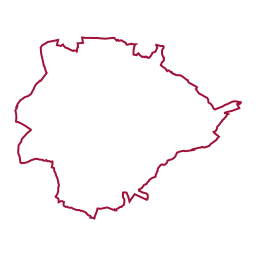 Cergau, Alba, Romania
{"feature_id": "2599482B88582308663497", "entity_name": "Cergau", "entity_type": "district", "adm_level": 2, "iso_a3": "ROU", "parent_name": "Romania", "parent_adm1": "Alba", "projection": "equal_earth", "projection_center": [23.934, 46.087], "detail": "fine", "context": "isolated", "style": "outline", "palette": "rose", "viewbox_px": 256, "rotation_deg": 0, "n_neighbors": 0, "source": "geoboundaries", "source_scale": "gbopen_adm2", "svg_char_len": 5678}
<svg xmlns="http://www.w3.org/2000/svg" viewBox="0 0 256 256"><path d="M90.4,217.7L90.5,217.7L91.7,217.7L93.0,217.9L93.6,218.1L94.2,218.4L94.4,218.5L94.5,218.3L94.8,216.5L96.7,211.7L96.8,211.1L96.8,210.9L96.8,210.7L97.1,210.3L97.1,210.0L97.5,208.5L100.6,208.8L107.2,207.4L114.8,210.3L114.9,209.5L116.4,210.2L116.6,209.2L120.1,207.0L120.8,206.9L121.5,207.0L122.0,206.3L123.9,204.8L124.1,204.0L124.4,200.8L124.3,199.4L123.8,198.3L122.9,197.2L123.0,192.6L124.9,192.4L126.6,192.7L128.3,196.8L129.5,201.6L134.6,194.2L146.6,199.7L146.7,199.0L147.7,198.7L147.7,194.7L146.4,193.5L141.7,192.2L141.2,191.6L139.1,190.9L138.9,189.6L140.5,188.8L141.2,188.4L142.6,187.1L143.9,185.1L144.3,184.8L146.5,184.0L147.8,181.9L149.2,180.6L149.3,179.9L152.0,178.0L155.5,176.8L155.7,174.8L156.3,173.5L156.8,172.4L157.0,171.8L157.5,171.3L157.6,170.3L157.9,168.5L160.7,164.9L162.4,164.4L163.7,165.0L165.2,164.4L166.6,163.1L167.4,161.5L167.6,160.6L168.7,160.2L172.4,159.1L174.5,157.4L175.2,156.7L177.0,152.7L179.3,151.7L183.4,150.8L185.8,151.2L193.5,150.0L193.2,149.6L192.7,149.3L193.9,148.8L195.3,148.9L196.4,148.3L197.8,148.1L198.4,147.8L200.6,147.6L201.7,147.2L201.8,146.9L202.2,146.9L203.9,147.5L205.8,147.2L208.5,146.1L209.2,146.0L210.3,144.4L216.5,139.8L217.0,138.7L218.9,136.7L217.6,135.5L216.9,135.1L214.0,132.6L213.6,131.9L215.5,131.3L216.7,129.3L217.4,126.4L218.2,125.7L219.2,124.8L220.6,122.6L221.7,121.6L222.0,121.1L222.0,120.7L224.3,118.5L226.4,116.1L227.0,114.7L228.1,114.1L226.9,113.6L226.1,113.2L224.1,113.0L226.7,112.1L232.2,110.8L239.3,108.2L237.1,104.1L237.7,103.7L237.8,103.3L237.9,102.8L238.2,102.7L238.4,103.0L238.8,103.4L238.8,104.0L239.2,104.1L239.4,104.1L239.6,103.5L239.8,103.3L240.4,103.3L240.6,103.1L240.4,102.7L240.5,102.4L240.6,102.2L239.2,102.0L238.1,101.7L237.1,101.5L234.6,101.3L233.5,101.4L233.3,101.5L232.1,101.8L229.0,103.3L228.0,103.9L226.2,104.6L224.9,104.9L223.3,106.2L217.3,108.5L215.0,109.5L213.5,108.5L212.3,105.8L210.6,103.8L208.5,102.5L208.2,99.8L207.3,98.0L204.4,96.4L202.2,95.1L198.8,93.3L195.9,89.0L197.0,87.5L196.7,86.9L193.8,85.3L189.3,82.9L188.3,81.9L187.7,80.1L186.9,80.0L182.8,76.7L180.5,75.3L176.9,75.2L175.9,75.0L174.9,74.5L174.5,74.0L173.6,74.1L171.7,72.8L172.0,72.4L171.4,72.0L171.0,72.3L168.9,70.5L167.9,70.4L167.2,71.1L166.2,70.0L165.8,68.9L161.7,66.0L160.8,65.2L160.8,64.8L161.3,64.3L161.5,63.1L162.3,62.0L164.0,60.3L163.7,58.4L164.0,58.0L164.0,57.6L163.1,56.8L162.9,56.3L162.0,53.7L162.0,51.5L162.2,49.7L163.5,48.0L163.7,46.8L163.5,46.4L162.6,45.9L161.1,46.1L156.3,44.8L156.2,45.4L157.3,47.6L155.4,51.7L152.4,52.9L151.4,55.1L149.8,57.2L149.0,57.8L148.1,57.9L147.6,57.6L147.5,57.2L146.1,56.6L145.8,57.1L145.5,57.2L144.9,56.8L144.6,57.1L143.1,56.6L142.3,57.1L139.6,54.8L138.5,53.3L137.0,54.4L137.0,54.8L136.6,55.1L135.8,55.1L135.2,54.8L133.6,54.7L133.4,54.0L133.6,52.3L133.5,50.6L133.6,49.8L134.1,48.2L134.1,47.0L134.7,45.3L135.8,44.3L131.1,44.1L131.1,43.8L129.7,44.1L127.0,44.7L126.6,44.7L125.5,42.6L125.1,42.5L121.3,40.3L119.0,40.8L117.9,39.8L116.8,40.7L114.1,37.8L105.0,38.7L96.7,38.0L85.8,37.9L82.1,37.5L83.0,42.9L77.6,43.3L78.0,47.3L77.4,47.8L77.1,49.0L77.1,50.0L76.7,51.5L76.5,51.3L76.0,50.7L74.0,50.4L73.3,51.0L71.1,50.1L69.8,49.4L68.6,48.9L67.6,48.2L66.8,48.1L65.3,47.5L64.2,46.2L63.7,45.9L63.2,45.3L63.1,44.5L62.8,44.5L62.3,44.8L60.9,46.0L56.9,45.0L58.1,39.9L53.6,40.9L47.6,42.0L46.7,42.8L42.2,45.3L40.7,47.6L41.2,53.7L42.5,59.5L43.0,61.6L43.9,66.0L44.5,66.5L46.0,71.7L46.7,72.9L43.7,76.9L40.7,80.9L40.0,80.6L38.2,82.5L37.1,83.2L35.6,85.0L34.7,86.5L34.3,87.4L34.0,88.5L32.7,90.7L31.4,93.4L30.7,94.2L28.0,96.2L26.4,96.6L24.7,97.2L23.1,98.3L22.5,99.0L20.6,100.0L17.9,103.6L16.4,106.9L17.1,106.9L16.3,109.0L15.4,110.2L15.4,110.4L15.6,111.4L15.8,112.5L16.0,113.6L16.2,114.4L16.2,114.8L16.3,115.7L16.3,116.1L16.3,117.1L16.4,117.5L16.1,120.2L15.9,121.5L16.4,121.8L18.3,122.2L18.9,122.4L19.5,122.7L20.6,123.2L21.1,123.5L22.0,124.0L23.3,124.7L24.4,125.3L25.1,125.4L24.9,125.4L25.1,125.7L29.2,128.5L30.4,129.3L30.9,129.8L29.8,131.1L29.5,131.4L28.2,132.3L27.1,133.2L26.2,134.2L25.2,135.4L24.5,136.1L22.8,137.9L22.3,138.6L22.0,138.8L21.7,139.5L21.5,140.4L21.3,141.2L21.1,142.0L20.1,143.2L19.1,144.5L18.7,145.3L18.5,146.4L18.5,147.5L18.3,149.7L18.2,150.7L18.2,151.8L18.2,152.2L18.4,153.8L19.3,155.7L19.5,156.3L20.0,159.1L20.4,162.5L20.5,162.7L21.0,162.9L21.6,163.1L22.3,163.1L25.6,162.7L26.5,162.5L27.5,162.1L29.1,161.3L30.1,160.8L31.1,160.3L31.6,160.1L35.1,158.9L35.9,158.9L36.8,158.9L37.8,159.1L38.6,159.3L39.9,159.6L40.7,159.6L42.1,159.8L42.8,160.0L43.3,160.6L44.5,160.6L45.8,160.5L46.4,160.1L47.0,161.1L47.4,161.2L48.3,161.2L49.3,161.1L50.5,161.6L50.8,161.8L51.0,161.9L51.6,161.7L52.1,161.6L52.4,161.5L52.5,161.8L52.5,162.1L52.5,163.7L52.3,164.8L52.1,166.3L51.8,167.3L52.1,167.4L54.0,168.1L54.1,168.7L54.2,170.7L54.8,171.9L55.3,172.7L55.6,173.6L55.7,174.2L56.1,175.2L56.3,176.0L57.2,177.7L57.5,179.0L57.9,180.2L58.1,181.3L58.4,183.3L59.0,185.4L58.9,185.9L58.3,187.0L58.3,187.7L58.3,189.3L58.2,190.9L57.9,192.3L57.2,194.3L55.6,196.7L55.8,197.1L56.6,197.4L57.5,198.1L57.7,198.3L58.0,198.4L58.3,198.8L58.7,199.9L58.6,200.8L58.6,202.2L59.6,201.7L60.6,201.3L61.1,201.1L62.1,201.1L63.1,201.7L63.9,201.9L64.0,202.3L63.6,203.6L63.5,204.2L63.5,205.0L63.8,205.6L64.1,205.9L65.7,206.8L66.0,207.0L66.2,206.9L66.6,206.8L67.2,206.8L68.0,207.2L68.6,207.5L69.8,207.8L70.1,207.8L71.2,207.6L71.6,207.7L72.4,208.3L72.9,208.5L73.9,209.0L75.2,209.5L76.1,209.8L77.3,210.1L79.4,210.0L80.0,210.4L80.3,210.6L80.7,210.9L81.7,210.7L82.3,210.9L83.2,211.4L83.8,211.5L84.7,211.9L85.9,212.8L86.3,212.9L86.6,213.2L86.9,213.9L87.5,214.6L87.9,214.8L88.7,215.5L89.1,215.5L89.9,215.7L90.6,216.2L90.7,217.0L90.5,217.4L90.4,217.7Z" fill="none" stroke="#9f1239" stroke-width="2"/></svg>